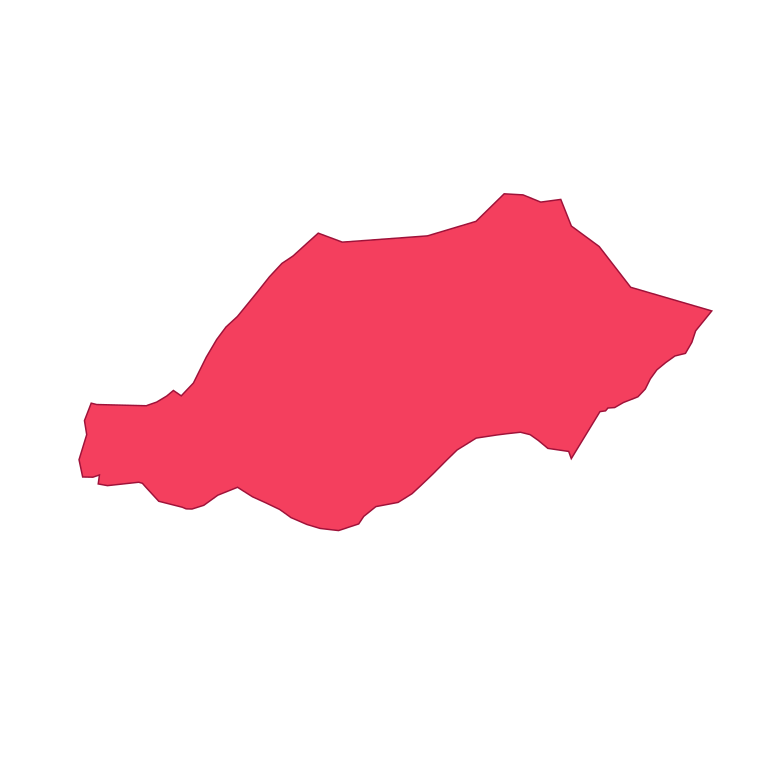 the district of Billiri, Gombe, Nigeria, rotated 217°
{"feature_id": "59680162B8070211954831", "entity_name": "Billiri", "entity_type": "district", "adm_level": 2, "iso_a3": "NGA", "parent_name": "Nigeria", "parent_adm1": "Gombe", "projection": "natural_earth1", "projection_center": [11.13, 9.845], "detail": "fine", "context": "isolated", "style": "filled", "palette": "rose", "viewbox_px": 768, "rotation_deg": 217, "n_neighbors": 0, "source": "geoboundaries", "source_scale": "gbopen_adm2", "svg_char_len": 1431}
<svg xmlns="http://www.w3.org/2000/svg" viewBox="0 0 768 768"><g transform="rotate(217 384 384)"><path d="M166.2,639.6L245.2,609.7L294.9,623.3L329.4,622.9L353.9,637.8L368.3,623.6L386.8,618.7L402.5,608.2L408.4,569.3L438.5,528.4L502.7,472.2L527.3,464.9L530.1,450.5L533.7,431.5L533.8,431.3L534.0,430.6L536.9,422.3L538.1,418.9L540.0,400.9L540.5,381.1L541.7,349.7L544.5,334.5L544.4,318.8L542.1,298.5L536.8,270.1L538.8,252.5L548.3,252.1L550.3,243.6L554.7,232.7L560.0,224.8L560.7,223.6L561.7,222.9L588.1,204.0L601.1,194.7L604.2,193.4L606.3,192.5L601.2,174.5L590.9,164.6L590.5,163.4L582.0,140.0L568.7,128.4L560.4,134.4L556.5,140.1L552.1,132.2L543.7,136.4L520.9,157.8L520.6,158.0L517.2,159.3L512.8,158.4L508.0,157.5L493.3,154.8L470.9,164.2L466.9,165.2L462.1,168.6L454.9,178.7L449.8,195.2L438.8,213.4L431.9,213.9L421.0,214.8L407.2,217.9L391.9,221.0L380.4,221.3L378.0,221.3L361.1,225.4L348.1,230.2L339.9,235.0L332.1,239.6L327.6,246.0L326.9,247.1L320.0,257.0L320.5,266.1L316.7,281.2L301.5,297.9L295.6,313.3L293.5,325.0L290.7,342.1L290.1,346.8L288.0,361.9L285.9,375.4L277.8,396.3L263.4,411.0L255.8,418.4L246.0,427.6L236.8,431.5L226.8,431.8L214.4,431.2L195.9,441.3L189.5,437.1L194.9,491.9L190.9,495.9L190.7,499.6L185.6,504.0L182.9,510.4L181.6,513.4L173.5,526.6L172.3,537.2L174.4,548.4L174.6,559.5L171.9,570.7L168.5,581.5L161.7,589.9L163.2,602.5L167.1,614.0L166.5,631.2L166.2,639.6Z" fill="#f43f5e" stroke="#9f1239" stroke-width="1.5"/></g></svg>